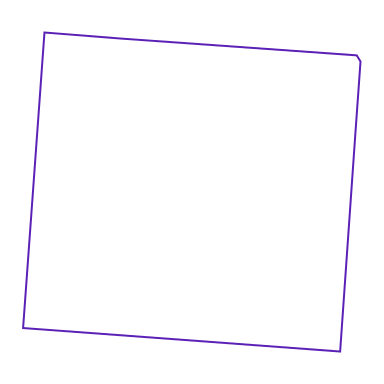 Sanborn, South Dakota, United States of America (Equal Earth projection), rotated 184°
{"feature_id": "52423323B21665292033302", "entity_name": "Sanborn", "entity_type": "district", "adm_level": 2, "iso_a3": "USA", "parent_name": "United States of America", "parent_adm1": "South Dakota", "projection": "equal_earth", "projection_center": [-98.09, 44.023], "detail": "fine", "context": "isolated", "style": "outline", "palette": "violet", "viewbox_px": 384, "rotation_deg": 184, "n_neighbors": 0, "source": "geoboundaries", "source_scale": "gbopen_adm2", "svg_char_len": 267}
<svg xmlns="http://www.w3.org/2000/svg" viewBox="0 0 384 384"><g transform="rotate(184 192 192)"><path d="M273.6,340.1L350.3,340.8L351.0,44.5L348.2,44.5L33.1,43.2L33.1,265.3L33.0,333.9L37.2,339.8L273.6,340.1Z" fill="none" stroke="#5b21b6" stroke-width="2"/></g></svg>